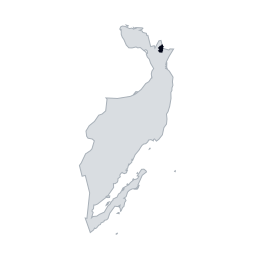 location of Las Margaritas, Chiapas, Mexico, rotated 256°
{"feature_id": "50627088B80831055738102", "entity_name": "Las Margaritas", "entity_type": "district", "adm_level": 2, "iso_a3": "MEX", "parent_name": "Mexico", "parent_adm1": "Chiapas", "projection": "mercator", "projection_center": [-91.688, 16.374], "detail": "fine", "context": "in_parent", "style": "filled", "palette": "ink", "viewbox_px": 256, "rotation_deg": 256, "n_neighbors": 0, "source": "geoboundaries", "source_scale": "gbopen_adm2", "svg_char_len": 5169}
<svg xmlns="http://www.w3.org/2000/svg" viewBox="0 0 256 256"><g transform="rotate(256 128 128)"><path d="M35.7,66.1L51.0,64.7L50.3,66.3L74.3,75.1L92.3,75.1L92.3,71.8L103.4,71.8L105.4,74.2L113.2,80.6L115.1,86.0L116.5,88.0L123.7,92.2L126.0,90.6L127.8,86.7L130.0,85.9L135.2,86.5L139.6,90.9L142.5,97.1L147.5,102.7L147.8,106.2L150.0,110.5L161.0,114.6L162.5,113.9L159.2,124.9L158.1,137.9L158.6,140.7L161.4,144.4L160.8,146.4L161.0,144.4L158.6,141.2L159.4,144.1L162.2,150.2L166.8,155.9L167.9,159.4L171.1,163.0L170.2,163.0L172.1,163.8L171.5,163.3L174.9,163.7L177.4,165.0L179.5,167.3L185.3,165.6L189.5,165.3L192.3,163.9L195.3,163.6L195.9,164.2L195.7,164.9L198.1,165.4L199.7,164.3L199.3,162.4L198.5,162.9L198.7,162.5L203.1,159.4L203.4,156.8L204.7,155.4L204.7,151.3L205.6,148.2L208.9,146.4L214.9,145.4L217.5,144.4L220.4,144.1L225.2,145.2L225.6,144.5L224.4,144.5L226.0,144.0L227.9,145.4L228.3,147.2L227.3,149.7L224.1,153.5L224.0,155.9L222.5,157.5L222.7,158.0L224.1,157.8L222.6,159.4L222.7,160.0L223.6,159.8L221.7,166.0L221.2,166.6L220.2,165.2L220.0,162.9L218.6,165.3L217.2,165.5L215.4,168.7L213.3,168.6L213.1,169.7L201.5,169.7L201.5,173.4L198.9,173.4L205.1,179.1L205.0,181.2L196.8,181.2L193.8,186.5L194.6,187.8L193.6,191.3L187.7,185.3L183.0,181.3L180.1,179.8L179.7,180.2L182.4,181.6L178.2,180.4L178.5,179.4L177.4,179.8L176.7,178.9L175.9,179.9L177.4,180.3L175.2,180.5L173.1,181.9L166.5,184.0L162.2,182.3L158.6,181.9L156.2,180.3L153.8,179.7L152.2,178.2L146.3,176.9L139.0,173.7L134.2,170.8L132.2,168.7L127.3,168.0L122.5,166.3L119.6,162.9L113.1,159.7L109.6,155.2L108.4,152.4L111.0,151.1L110.6,149.9L109.4,149.5L111.2,147.4L111.3,144.9L109.9,144.0L108.5,141.5L108.6,139.2L107.6,137.1L103.8,133.2L100.4,128.5L95.1,124.4L96.6,125.1L96.7,124.2L93.9,123.4L91.9,120.1L93.3,120.2L89.2,118.0L88.6,116.9L87.1,117.3L86.9,116.8L88.0,115.5L86.1,116.5L84.9,115.6L84.6,113.4L86.0,111.5L86.6,111.9L85.5,109.9L84.2,108.6L82.5,108.7L81.3,106.0L79.2,105.4L77.9,104.3L77.1,101.9L77.6,100.4L73.8,99.7L67.2,92.1L66.9,90.2L65.9,89.7L61.6,80.1L61.2,77.2L61.6,76.2L58.0,75.0L57.1,73.4L55.9,72.9L54.6,73.8L49.7,70.9L50.6,72.7L50.0,76.4L51.1,79.3L52.1,84.7L57.1,89.5L58.8,92.7L59.5,92.6L59.9,93.6L60.6,93.7L61.3,95.7L62.7,96.4L63.6,100.7L66.2,102.8L67.1,105.2L68.2,106.0L69.1,108.9L70.2,109.5L69.6,107.4L71.0,108.6L72.8,115.1L74.4,117.0L76.6,121.6L76.3,123.5L76.8,125.3L78.6,126.9L79.3,125.3L84.6,131.2L84.2,133.5L82.1,135.1L80.9,135.3L78.7,130.4L70.3,123.8L69.5,123.9L67.8,121.8L67.5,120.4L67.9,117.3L67.2,114.3L65.9,112.1L61.8,109.5L60.9,106.9L60.2,108.1L58.1,108.5L56.6,106.8L52.8,105.0L52.2,103.5L49.3,101.3L49.0,100.6L52.0,101.0L53.7,100.3L53.7,101.0L55.1,101.7L54.6,100.0L53.9,99.9L55.3,96.3L49.6,89.6L45.0,86.7L44.1,85.2L44.1,82.7L42.9,81.9L42.5,79.0L41.0,77.8L40.8,76.1L38.7,73.4L38.3,72.1L39.0,71.2L37.5,70.1L35.7,66.1ZM67.0,92.2L66.5,93.9L65.0,93.3L65.6,90.7L66.5,90.5L67.0,92.2ZM60.9,91.8L58.8,90.0L58.2,88.0L59.3,88.7L59.6,89.7L60.6,90.0L60.9,91.8ZM227.2,153.0L226.7,152.4L227.0,151.7L228.3,151.1L227.2,153.0ZM67.9,123.9L66.4,122.1L67.3,118.7L67.0,121.8L67.9,123.9ZM48.2,98.9L47.0,98.7L47.8,96.8L48.3,98.2L48.2,98.9ZM28.7,92.6L27.7,91.4L27.9,90.8L28.2,90.9L28.7,92.6ZM69.2,123.9L70.1,125.2L68.2,123.9L69.2,123.9ZM103.1,144.1L103.0,144.6L102.5,144.4L102.3,143.5L103.1,144.1ZM77.2,120.4L77.5,121.4L76.5,120.1L77.2,120.4ZM73.5,113.4L74.0,113.8L73.2,114.8L73.5,113.4ZM75.2,163.5L74.8,163.6L74.2,163.2L74.7,162.7L75.2,163.5ZM197.3,163.7L196.3,163.9L198.0,163.4L197.3,163.7ZM82.3,126.4L81.7,126.3L81.7,125.3L82.3,126.4Z" fill="#d9dde1" stroke="#a8b0b8" stroke-width="1"/><path d="M199.0,181.2L199.6,181.2L199.4,180.9L199.2,180.7L199.3,180.6L199.2,180.5L199.2,180.4L199.3,180.4L199.2,180.3L199.0,180.2L199.2,179.8L199.3,179.7L199.5,179.6L199.4,179.6L199.3,179.4L199.4,179.2L199.2,179.0L198.9,179.1L198.7,178.9L198.8,178.8L198.6,178.6L198.7,178.4L198.4,178.3L198.4,178.2L198.3,178.3L198.2,178.4L197.9,178.4L197.8,178.5L197.8,178.4L197.7,178.4L197.8,178.4L197.7,178.3L197.7,178.2L197.3,178.2L197.2,178.0L197.2,177.9L197.1,178.0L196.9,178.3L196.7,178.3L196.6,178.2L196.4,178.0L196.2,178.0L196.3,178.0L196.2,178.2L196.0,177.9L195.6,178.1L195.6,177.8L195.6,177.7L195.5,177.8L195.3,177.7L195.1,177.8L195.1,177.6L195.0,177.4L194.9,177.4L194.9,177.2L194.8,177.3L194.7,177.3L194.4,177.3L194.2,177.4L194.1,177.5L194.2,177.8L194.1,178.1L194.1,178.3L193.9,178.7L194.0,178.7L194.1,178.8L194.0,179.0L194.3,179.0L194.3,178.9L194.3,179.1L194.5,179.1L194.6,179.3L194.6,179.2L194.7,179.3L194.8,179.3L194.7,179.4L194.7,179.5L194.8,179.5L195.0,179.4L194.9,179.5L194.7,179.7L194.7,179.8L194.8,179.8L194.8,179.7L194.9,179.8L195.0,179.9L195.2,179.7L195.3,179.7L195.3,179.8L195.4,180.0L195.5,179.9L195.7,180.0L195.7,179.9L195.8,179.9L195.8,180.0L196.0,180.0L196.3,180.1L196.2,180.1L196.3,180.1L196.4,180.3L196.5,180.3L196.7,180.2L196.8,180.1L196.7,180.0L196.8,179.9L197.0,179.9L197.2,180.0L197.3,180.0L197.5,180.2L197.5,180.3L197.4,180.3L197.6,180.3L197.9,180.5L197.9,180.4L198.0,180.4L197.9,180.5L198.0,180.5L198.3,180.7L198.2,180.8L198.3,180.8L198.2,180.8L198.3,180.8L198.4,181.0L198.6,181.1L198.7,180.9L198.7,181.0L198.8,180.9L198.9,181.0L199.0,181.1L199.0,181.2Z" fill="#0f172a" stroke="#020617" stroke-width="1.5"/></g></svg>